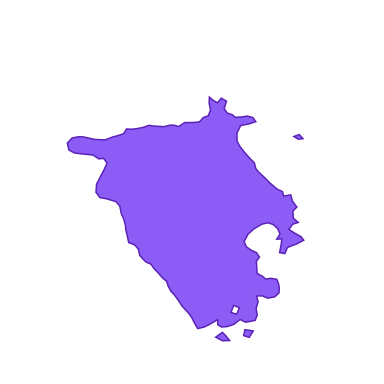 the district of Niterói, Rio de Janeiro, Brazil, rotated 215°
{"feature_id": "56859067B85050647770651", "entity_name": "Niterói", "entity_type": "district", "adm_level": 2, "iso_a3": "BRA", "parent_name": "Brazil", "parent_adm1": "Rio de Janeiro", "projection": "robinson", "projection_center": [-43.065, -22.923], "detail": "fine", "context": "isolated", "style": "filled", "palette": "violet", "viewbox_px": 384, "rotation_deg": 215, "n_neighbors": 0, "source": "geoboundaries", "source_scale": "gbopen_adm2", "svg_char_len": 2280}
<svg xmlns="http://www.w3.org/2000/svg" viewBox="0 0 384 384"><g transform="rotate(215 192 192)"><path d="M317.0,155.8L310.9,156.5L304.4,159.8L299.1,162.9L294.2,165.5L287.3,165.7L283.8,168.8L278.2,167.0L276.9,160.4L276.0,153.2L274.7,143.8L270.5,136.7L264.1,134.6L259.4,136.9L254.3,138.7L248.7,140.5L242.9,138.9L237.4,133.6L232.1,130.5L227.6,126.6L224.3,122.8L220.3,119.4L214.9,114.3L208.3,115.8L202.9,114.3L198.5,110.1L194.3,109.1L189.7,108.3L183.9,109.3L179.6,107.6L173.2,106.3L166.7,104.7L161.4,104.2L157.5,101.2L152.4,98.6L147.0,97.5L141.4,95.5L134.7,92.9L129.5,91.7L124.6,90.6L120.4,89.1L115.3,86.3L109.0,83.4L104.4,88.6L102.1,92.9L100.0,97.3L97.7,102.1L94.8,98.1L90.4,98.3L85.8,102.1L81.8,107.6L79.5,115.1L73.3,116.1L66.6,123.1L67.9,128.5L72.6,133.3L74.9,140.0L79.5,143.8L74.9,147.2L69.1,148.5L64.2,153.4L62.8,159.1L65.4,163.4L68.5,166.5L72.4,169.1L78.0,166.5L81.5,162.9L86.1,163.4L91.9,162.6L99.5,172.1L99.4,177.3L104.2,179.3L110.6,178.3L116.0,178.3L120.8,181.2L121.9,189.6L120.1,197.4L116.4,205.6L112.2,210.3L106.6,212.0L100.6,211.0L95.9,208.2L95.5,202.0L91.5,205.1L88.9,200.3L85.5,192.6L80.6,194.8L82.0,201.2L79.5,205.1L76.6,209.2L72.8,216.6L77.1,218.0L84.2,217.2L91.2,216.9L91.1,223.3L87.5,228.0L94.0,228.7L98.4,234.2L97.5,239.8L104.6,242.2L109.5,246.3L114.6,241.2L118.0,244.2L123.8,243.2L127.9,243.5L133.9,244.2L141.1,245.5L148.6,246.5L153.2,247.8L157.7,251.7L162.8,252.5L167.9,253.7L173.1,255.0L179.4,257.0L184.3,259.6L188.8,265.8L190.3,274.3L183.9,281.0L180.1,286.2L184.7,287.9L190.3,285.9L194.3,282.0L199.4,278.0L203.4,278.4L208.5,276.9L213.4,278.7L215.9,286.2L221.8,285.7L222.3,279.7L227.4,279.2L232.2,279.7L228.9,274.6L223.8,269.7L222.4,263.8L225.4,259.6L226.1,253.7L230.5,249.9L237.8,244.7L240.4,238.1L244.7,236.5L248.4,234.2L252.0,229.8L256.9,226.7L261.1,224.1L265.4,222.0L269.5,216.4L274.2,211.6L277.6,208.7L281.8,206.1L281.5,200.5L284.5,196.4L288.9,191.1L293.1,184.8L297.7,181.9L302.2,179.1L307.9,176.8L312.6,174.8L316.4,172.4L321.2,167.5L322.2,160.6L317.0,155.8ZM85.3,117.6L91.0,115.6L92.8,123.0L86.8,124.4L85.3,117.6ZM89.3,86.7L81.8,87.6L76.0,91.9L82.1,93.7L86.6,94.4L89.3,86.7ZM69.7,109.6L67.3,104.0L61.8,105.7L62.1,113.3L69.7,109.6ZM140.4,295.9L135.3,296.2L131.7,299.3L137.1,300.6L140.4,295.9Z" fill="#8b5cf6" stroke="#5b21b6" stroke-width="1.5"/></g></svg>